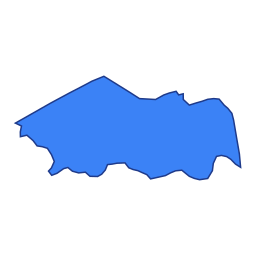 Salgadinho, Pernambuco, Brazil (Robinson projection)
{"feature_id": "56859067B89944489210843", "entity_name": "Salgadinho", "entity_type": "district", "adm_level": 2, "iso_a3": "BRA", "parent_name": "Brazil", "parent_adm1": "Pernambuco", "projection": "robinson", "projection_center": [-35.592, -7.913], "detail": "fine", "context": "isolated", "style": "filled", "palette": "blue", "viewbox_px": 256, "rotation_deg": 0, "n_neighbors": 0, "source": "geoboundaries", "source_scale": "gbopen_adm2", "svg_char_len": 1036}
<svg xmlns="http://www.w3.org/2000/svg" viewBox="0 0 256 256"><path d="M15.4,123.1L21.5,126.0L20.3,131.9L20.4,136.7L26.9,135.2L33.1,140.6L37.1,145.9L42.3,146.7L47.4,148.3L51.5,154.7L54.3,161.5L51.4,168.0L48.5,171.1L51.7,175.3L57.0,173.3L63.7,168.6L67.9,167.5L72.4,171.2L78.6,172.9L85.4,172.2L90.0,176.3L97.6,176.5L101.7,174.2L105.3,170.0L107.5,164.6L112.1,164.1L117.0,163.2L125.0,162.9L128.8,167.8L133.0,169.5L138.0,170.7L141.9,172.5L146.8,174.6L150.6,178.9L160.5,176.7L165.4,175.6L170.7,172.8L175.6,170.8L181.8,170.2L189.3,176.3L194.3,178.4L199.6,179.7L207.7,178.5L212.4,170.7L213.3,163.4L216.5,156.4L221.4,155.4L226.7,156.6L230.8,159.3L235.5,164.1L240.6,167.3L239.4,154.0L236.7,138.4L233.6,120.1L231.9,113.4L227.8,108.3L224.2,105.2L219.1,99.1L213.7,98.6L207.7,99.3L202.0,101.3L196.0,103.0L189.3,105.1L183.3,99.5L183.2,93.8L178.7,94.9L176.1,91.3L169.3,93.0L163.7,95.0L155.6,99.5L139.5,98.6L130.8,93.0L108.3,79.0L103.9,76.3L91.9,81.2L84.6,85.1L69.4,93.0L51.0,102.9L15.4,123.1Z" fill="#3b82f6" stroke="#1e3a8a" stroke-width="1.5"/></svg>